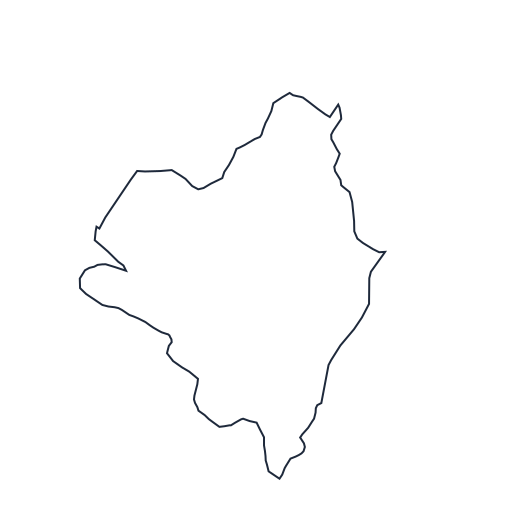 Tilkaef, Ninawa, Iraq (Mercator projection), rotated 124°
{"feature_id": "34846034B79516785973946", "entity_name": "Tilkaef", "entity_type": "district", "adm_level": 2, "iso_a3": "IRQ", "parent_name": "Iraq", "parent_adm1": "Ninawa", "projection": "mercator", "projection_center": [43.046, 36.575], "detail": "fine", "context": "isolated", "style": "outline", "palette": "slate", "viewbox_px": 512, "rotation_deg": 124, "n_neighbors": 0, "source": "geoboundaries", "source_scale": "gbopen_adm2", "svg_char_len": 2291}
<svg xmlns="http://www.w3.org/2000/svg" viewBox="0 0 512 512"><g transform="rotate(124 256 256)"><path d="M386.4,275.4L388.2,269.8L389.5,265.9L389.7,254.9L389.2,246.7L390.3,235.4L395.2,232.9L406.1,229.0L409.6,227.2L411.9,224.4L414.1,220.1L416.4,217.2L416.6,209.5L417.6,203.9L417.8,199.5L418.1,190.8L414.8,187.0L411.3,183.4L410.4,182.1L405.9,180.1L399.7,177.0L398.1,175.7L396.4,169.0L393.8,162.3L397.5,155.9L401.8,148.0L408.6,143.4L412.7,139.5L416.6,136.2L420.1,133.6L422.8,130.3L427.5,125.1L427.5,112.0L422.6,112.0L415.8,113.6L412.9,113.8L404.7,114.1L400.2,111.0L397.1,109.2L394.2,107.9L391.3,107.4L387.0,108.7L384.5,111.5L381.8,117.9L377.9,117.9L369.3,116.7L361.9,116.9L358.4,116.9L352.6,119.0L348.7,121.3L345.4,121.8L341.4,119.6L305.8,134.9L300.1,135.5L283.9,136.0L282.9,136.0L282.7,136.0L261.9,133.8L260.7,133.8L249.0,133.8L247.8,133.8L232.5,135.5L211.0,149.7L204.9,151.9L203.7,151.9L181.6,151.3L180.4,151.3L184.0,156.0L184.9,162.9L185.4,174.8L184.9,181.7L180.6,188.3L172.2,194.2L165.7,199.6L157.4,206.5L150.7,214.2L150.0,222.3L149.7,224.9L145.7,228.5L141.5,237.8L138.3,241.0L134.2,241.5L128.4,242.8L124.4,243.8L122.2,248.8L118.5,255.6L117.0,258.8L113.4,261.5L109.0,262.0L103.9,262.0L99.8,262.0L94.7,262.0L91.8,264.3L86.3,269.7L84.5,272.5L99.5,272.5L99.8,277.9L99.5,287.0L98.8,297.5L98.4,305.7L99.1,308.0L100.6,311.6L102.0,315.2L102.0,319.3L109.7,323.0L119.6,327.1L127.3,324.3L135.3,323.0L140.4,322.5L147.8,320.7L152.1,319.3L155.1,319.3L159.8,322.5L170.4,327.5L175.2,330.2L178.1,332.1L186.5,330.2L195.7,329.3L204.1,329.3L210.3,327.5L221.3,333.9L229.0,337.5L233.0,341.2L233.7,348.0L231.5,357.5L231.5,363.4L231.9,373.9L239.2,383.0L248.0,395.3L252.0,402.1L262.6,402.5L280.9,402.5L308.3,402.5L320.8,401.2L320.9,404.6L325.1,402.8L333.1,398.5L333.9,391.0L335.1,381.3L337.8,367.0L338.0,360.6L340.9,355.5L344.0,366.5L346.9,376.0L348.9,378.8L352.0,382.4L355.3,384.1L359.0,387.5L363.5,389.8L373.2,389.5L381.0,383.9L381.5,381.3L382.5,375.7L382.5,371.9L382.5,361.1L382.5,356.0L380.4,350.1L377.5,344.5L376.1,340.9L375.7,337.1L375.7,331.5L375.7,328.1L374.6,323.8L373.6,318.7L372.6,310.7L372.8,305.4L372.8,301.0L372.4,295.1L372.0,291.5L370.7,286.9L370.1,285.1L370.3,283.3L371.1,282.1L372.4,279.5L374.6,277.7L379.2,278.0L384.3,276.2L386.4,275.4Z" fill="none" stroke="#1e293b" stroke-width="2"/></g></svg>